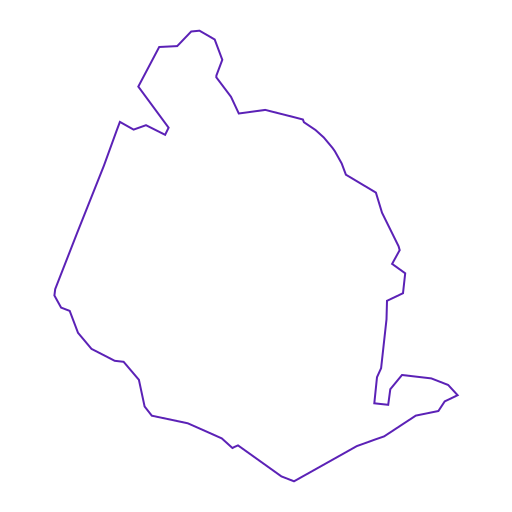 Lexington, South Carolina, United States of America (Equal Earth projection)
{"feature_id": "52423323B37398835360821", "entity_name": "Lexington", "entity_type": "district", "adm_level": 2, "iso_a3": "USA", "parent_name": "United States of America", "parent_adm1": "South Carolina", "projection": "equal_earth", "projection_center": [-81.237, 33.925], "detail": "fine", "context": "isolated", "style": "outline", "palette": "violet", "viewbox_px": 512, "rotation_deg": 0, "n_neighbors": 0, "source": "geoboundaries", "source_scale": "gbopen_adm2", "svg_char_len": 985}
<svg xmlns="http://www.w3.org/2000/svg" viewBox="0 0 512 512"><path d="M54.4,295.5L61.1,307.6L69.7,310.9L78.0,332.8L91.5,348.9L114.7,360.8L123.6,361.8L138.9,379.8L144.6,406.5L151.8,415.7L187.8,423.3L221.8,438.4L232.4,448.0L234.3,447.0L238.0,445.4L281.4,476.4L294.0,481.3L356.8,446.1L375.4,439.4L384.1,436.4L415.8,415.6L438.4,411.0L444.7,401.4L457.6,395.2L448.2,385.0L431.3,378.4L402.0,375.0L390.3,389.2L388.2,404.8L374.3,403.3L377.0,377.2L381.1,368.2L386.5,319.4L387.0,300.8L403.0,293.2L405.2,273.3L392.1,263.9L399.7,250.1L399.6,249.9L398.6,246.3L382.0,212.7L375.9,192.6L345.9,174.7L341.7,163.5L334.9,151.3L332.5,147.9L323.8,137.5L315.5,130.0L303.9,122.2L302.9,119.5L294.5,117.3L265.2,109.9L238.8,113.5L231.0,96.8L216.3,77.3L216.4,75.5L222.3,59.8L214.7,39.5L199.5,30.7L191.2,31.5L177.2,46.1L159.2,47.0L138.3,86.6L168.6,127.7L165.1,134.8L146.0,125.2L133.6,129.6L119.9,121.9L116.6,130.7L103.9,165.7L77.3,232.5L55.2,289.1L54.4,295.5Z" fill="none" stroke="#5b21b6" stroke-width="2"/></svg>